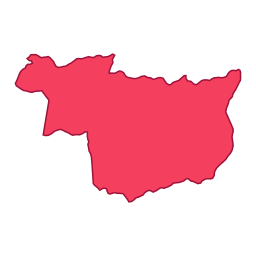 the district of Matão, São Paulo, Brazil
{"feature_id": "56859067B9094864548247", "entity_name": "Matão", "entity_type": "district", "adm_level": 2, "iso_a3": "BRA", "parent_name": "Brazil", "parent_adm1": "São Paulo", "projection": "robinson", "projection_center": [-48.44, -21.618], "detail": "fine", "context": "isolated", "style": "filled", "palette": "rose", "viewbox_px": 256, "rotation_deg": 0, "n_neighbors": 0, "source": "geoboundaries", "source_scale": "gbopen_adm2", "svg_char_len": 2840}
<svg xmlns="http://www.w3.org/2000/svg" viewBox="0 0 256 256"><path d="M240.6,72.7L240.0,70.5L238.6,69.4L236.1,70.7L233.3,70.3L231.1,70.7L228.8,72.5L226.4,76.5L223.9,77.4L221.4,77.8L218.8,77.4L216.3,77.6L214.0,77.9L212.3,78.6L209.8,80.4L206.5,79.9L203.5,80.0L201.5,80.8L199.5,82.3L196.6,84.7L194.0,84.2L190.8,81.3L187.7,80.9L185.9,78.6L185.9,75.5L184.1,75.7L181.8,77.7L178.9,80.4L173.9,82.1L172.3,83.0L171.0,84.6L169.0,84.8L166.5,83.4L165.3,81.6L163.0,78.2L160.0,77.5L157.5,78.0L153.5,79.5L150.6,77.8L148.0,77.6L144.5,75.9L141.2,76.5L138.4,77.9L135.5,78.6L133.3,78.5L131.3,78.1L128.6,77.6L126.5,76.8L124.9,74.9L123.7,72.8L121.5,71.4L119.2,71.0L117.4,72.0L114.8,73.3L111.7,73.1L109.3,73.2L109.3,71.1L110.3,68.3L111.1,66.0L112.9,62.7L112.4,59.3L113.7,57.1L114.7,55.2L112.6,54.1L110.0,55.7L107.6,56.7L104.7,57.0L102.6,57.2L100.9,55.7L99.1,55.4L96.3,55.9L93.9,57.5L91.5,57.3L88.5,56.7L84.5,57.9L82.5,58.6L80.4,58.8L78.5,58.5L76.7,58.8L74.3,60.7L71.1,63.1L68.2,64.5L66.1,66.1L63.5,66.4L60.7,67.2L58.1,67.4L56.1,66.4L54.7,64.1L53.7,61.8L51.6,59.5L49.9,57.6L48.1,56.5L46.4,57.0L44.0,57.2L41.1,57.7L39.0,56.3L36.1,54.7L33.6,54.6L30.8,54.8L29.3,56.9L27.1,58.5L29.2,60.6L31.5,60.9L32.4,63.2L30.1,64.3L27.9,64.3L26.2,65.6L25.3,68.0L23.2,69.1L21.4,70.7L20.0,72.6L19.0,75.0L18.2,77.1L17.2,79.6L16.3,81.6L15.4,83.4L16.3,85.7L18.7,87.4L21.6,89.4L23.9,90.6L26.0,90.8L28.0,91.4L29.6,92.0L32.2,92.3L34.5,91.5L36.6,91.1L38.7,91.1L41.7,90.7L49.0,100.3L48.6,102.6L43.2,134.9L45.2,135.5L48.2,135.4L51.5,133.7L53.2,132.3L55.2,130.9L59.9,129.4L61.6,129.7L63.3,130.5L65.5,131.7L68.0,132.6L70.9,134.5L73.0,135.2L74.8,134.8L76.7,134.6L79.7,134.8L82.6,133.5L85.2,131.8L87.4,132.1L87.3,136.2L87.8,139.3L88.8,141.7L87.9,144.3L88.6,147.9L89.1,151.0L90.4,153.3L91.3,156.4L91.8,160.9L93.3,183.5L94.5,185.2L97.7,187.7L99.8,190.2L102.8,188.4L105.0,188.1L106.7,189.3L107.2,191.4L108.2,193.4L110.0,194.0L112.6,193.2L114.9,192.6L116.8,193.3L119.5,193.3L123.2,193.7L125.1,196.2L127.9,200.1L128.9,201.9L131.7,201.4L134.5,199.4L136.4,197.5L138.2,197.3L140.2,196.3L143.0,195.0L144.9,192.5L148.2,190.5L150.8,190.7L153.2,192.1L156.6,190.5L158.8,188.9L161.0,187.7L164.3,188.2L168.9,186.4L171.4,185.0L173.5,183.1L176.0,182.8L178.9,182.5L181.8,181.6L184.1,180.7L186.3,178.8L188.4,178.8L191.0,181.1L192.9,181.4L195.3,182.4L197.7,183.6L200.6,183.1L202.1,180.8L203.8,180.0L205.6,178.9L207.8,178.7L210.5,178.9L212.6,178.3L214.2,175.5L214.4,172.9L215.0,170.9L216.6,168.0L218.8,165.8L220.3,164.3L223.2,161.9L225.9,159.2L227.8,156.3L230.6,152.9L232.0,150.4L233.1,146.0L232.9,142.9L232.3,139.0L232.0,136.8L232.4,134.4L233.1,131.9L233.1,129.1L231.8,125.9L225.7,111.9L226.5,108.1L227.4,105.9L228.4,103.2L229.0,100.3L232.3,96.7L232.8,94.2L234.0,92.1L235.6,89.7L236.9,87.1L238.0,85.0L239.0,82.7L240.3,80.6L240.6,77.9L240.5,75.3L240.6,72.7Z" fill="#f43f5e" stroke="#9f1239" stroke-width="1.5"/></svg>